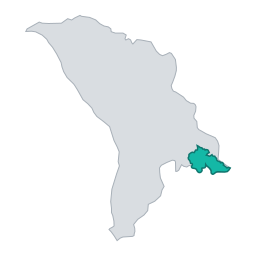 location of Ștefan Vodă within Moldova
{"feature_id": "MDA-1651", "entity_name": "Ștefan Vodă", "entity_type": "District", "adm_level": 1, "iso_a3": "MDA", "parent_name": "Moldova", "parent_adm1": "", "projection": "natural_earth1", "projection_center": [29.727, 46.532], "detail": "fine", "context": "in_parent", "style": "filled", "palette": "teal", "viewbox_px": 256, "rotation_deg": 0, "n_neighbors": 0, "source": "natural_earth", "source_scale": "10m", "svg_char_len": 3204}
<svg xmlns="http://www.w3.org/2000/svg" viewBox="0 0 256 256"><path d="M25.8,31.5L27.1,28.9L39.2,22.1L42.3,23.2L48.6,23.5L61.4,23.2L67.7,18.7L71.6,20.0L74.8,17.9L80.0,15.4L80.8,15.9L81.5,16.3L89.6,17.4L95.7,19.9L99.8,23.7L104.0,26.0L108.3,26.9L110.8,28.8L111.2,31.7L115.3,33.1L123.0,33.1L126.2,35.0L125.0,38.8L125.8,40.0L128.5,38.7L130.6,39.9L131.7,42.7L132.9,44.0L136.9,39.6L141.0,40.0L151.0,41.9L156.3,51.1L159.6,54.4L162.5,55.7L166.2,54.3L169.5,52.6L171.4,53.4L175.4,59.5L176.4,67.4L176.3,70.7L174.9,76.1L172.8,81.8L171.2,85.6L171.9,88.6L173.3,91.1L175.7,92.0L183.5,97.1L186.3,100.6L190.6,103.2L193.8,103.4L195.4,104.9L196.0,106.7L195.6,111.2L193.8,115.5L194.0,118.2L196.8,121.5L197.1,125.3L197.3,127.7L198.8,129.6L206.0,133.7L215.2,137.7L217.6,141.2L219.0,145.6L218.6,152.9L218.0,159.4L230.1,168.0L228.7,169.6L226.9,171.4L215.3,172.7L212.9,173.4L207.9,166.9L205.2,166.1L202.7,168.5L199.8,169.8L196.3,169.1L192.6,167.1L190.7,165.7L189.1,165.5L186.8,167.0L183.7,166.3L181.6,164.7L178.7,170.3L176.9,171.4L175.7,171.3L175.5,161.9L174.7,160.5L172.3,160.2L166.7,162.5L161.3,165.3L159.5,167.9L159.7,172.5L160.4,178.0L164.1,186.4L162.0,190.0L160.6,195.8L154.8,201.2L148.3,204.3L147.7,210.6L144.0,215.0L137.8,219.3L133.6,224.5L134.7,228.1L134.9,231.5L134.2,233.8L134.0,235.6L132.4,236.4L122.9,237.0L120.2,238.1L117.1,240.6L114.2,235.9L111.2,231.8L109.0,229.5L109.9,228.5L112.3,227.3L114.1,225.9L113.9,221.0L112.7,215.3L111.5,212.6L111.5,208.3L110.7,201.6L111.9,189.2L116.7,173.6L119.4,165.9L118.2,161.7L119.2,151.8L117.2,146.9L114.0,140.5L109.6,126.6L103.9,121.8L96.9,116.5L93.9,112.5L91.9,108.1L87.8,103.7L83.0,99.7L77.4,89.7L74.5,85.1L73.6,83.9L67.1,77.5L63.7,71.7L62.0,66.9L61.1,62.5L56.6,53.8L52.5,47.2L48.6,42.6L46.8,39.3L42.2,35.1L35.6,31.8L31.4,31.2L25.8,31.5Z" fill="#d9dde1" stroke="#a8b0b8" stroke-width="1"/><path d="M216.5,158.3L216.7,160.0L217.5,160.9L220.1,161.8L220.2,162.0L220.5,162.7L220.7,162.9L221.1,162.8L221.8,162.4L222.1,162.4L222.6,162.7L223.0,163.1L223.7,164.4L223.3,165.1L226.0,167.0L227.0,168.0L227.5,167.6L228.4,167.4L229.4,167.6L230.2,168.0L228.7,170.3L227.2,171.6L224.6,172.0L217.7,171.7L216.7,171.9L215.7,172.4L213.5,174.1L212.3,174.2L211.2,173.1L211.1,172.6L211.1,171.1L211.0,170.5L210.7,169.8L209.5,168.1L206.4,165.5L205.7,164.4L205.6,166.5L205.0,167.6L203.8,168.0L202.1,168.0L201.8,168.5L202.1,170.3L201.6,171.5L200.8,172.2L199.9,172.6L198.9,172.5L198.0,172.0L197.2,171.0L196.4,169.4L195.5,168.7L194.7,168.5L192.9,168.2L192.0,167.8L191.6,167.3L191.5,166.7L191.6,166.2L192.0,165.6L192.3,165.1L192.4,164.5L192.3,164.1L192.0,163.6L190.6,163.4L190.4,162.5L189.8,160.7L188.5,159.2L188.2,157.8L188.9,156.5L188.9,155.4L189.0,154.4L190.5,153.1L192.2,152.2L193.2,152.4L194.2,152.6L194.9,151.4L195.6,150.1L196.5,150.1L197.4,149.9L197.7,147.8L197.2,145.6L198.7,146.4L199.9,147.4L202.0,147.9L202.8,149.1L204.0,149.1L204.6,149.1L204.8,149.3L205.0,150.0L205.5,150.0L206.0,149.7L206.4,149.6L207.7,149.9L208.2,150.4L209.2,152.6L208.4,153.0L207.6,153.5L206.9,154.2L206.4,155.2L206.5,155.2L207.3,155.3L209.2,156.2L209.9,156.1L212.0,154.7L212.5,155.7L213.0,156.1L213.8,156.2L214.6,156.2L214.6,156.3L214.8,156.5L216.0,157.9L216.5,158.3Z" fill="#14b8a6" stroke="#0f766e" stroke-width="1.5"/></svg>